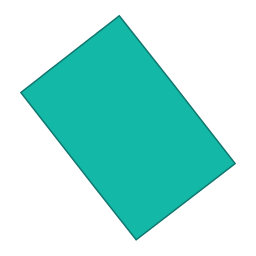 Brookings, South Dakota, United States of America, rotated 232°
{"feature_id": "52423323B48184039909983", "entity_name": "Brookings", "entity_type": "district", "adm_level": 2, "iso_a3": "USA", "parent_name": "United States of America", "parent_adm1": "South Dakota", "projection": "equal_earth", "projection_center": [-96.535, 44.37], "detail": "fine", "context": "isolated", "style": "filled", "palette": "teal", "viewbox_px": 256, "rotation_deg": 232, "n_neighbors": 0, "source": "geoboundaries", "source_scale": "gbopen_adm2", "svg_char_len": 567}
<svg xmlns="http://www.w3.org/2000/svg" viewBox="0 0 256 256"><g transform="rotate(232 128 128)"><path d="M102.0,65.3L34.9,65.6L34.0,190.5L100.7,190.6L134.6,190.7L221.8,190.2L221.8,169.4L221.8,169.1L221.9,164.2L221.9,163.1L221.8,159.3L221.8,158.2L221.9,154.1L221.9,153.5L221.9,148.7L221.9,148.2L221.8,143.7L221.9,142.9L221.9,138.4L221.9,137.8L221.9,136.7L221.9,133.3L221.9,131.4L221.9,122.9L221.9,120.7L222.0,102.1L222.0,95.3L221.9,91.5L221.9,90.8L221.9,78.6L221.9,75.0L221.9,71.4L221.9,65.4L102.0,65.3Z" fill="#14b8a6" stroke="#0f766e" stroke-width="1.5"/></g></svg>